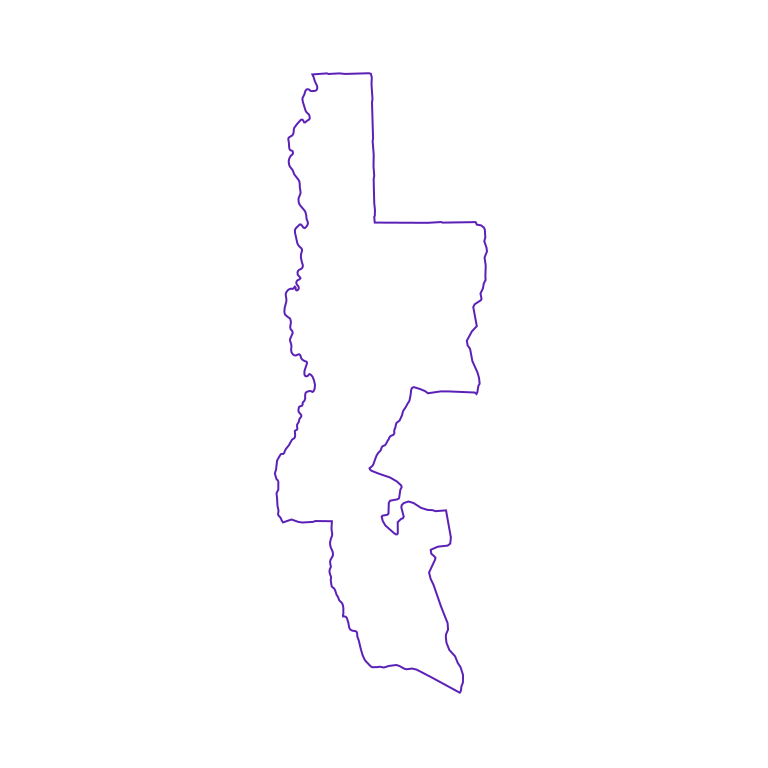 Patulul, Suchitepéquez, Guatemala, rotated 168°
{"feature_id": "79465075B31102822949903", "entity_name": "Patulul", "entity_type": "district", "adm_level": 2, "iso_a3": "GTM", "parent_name": "Guatemala", "parent_adm1": "Suchitepéquez", "projection": "natural_earth1", "projection_center": [-91.15, 14.387], "detail": "fine", "context": "isolated", "style": "outline", "palette": "violet", "viewbox_px": 768, "rotation_deg": 168, "n_neighbors": 0, "source": "geoboundaries", "source_scale": "gbopen_adm2", "svg_char_len": 6144}
<svg xmlns="http://www.w3.org/2000/svg" viewBox="0 0 768 768"><g transform="rotate(168 384 384)"><path d="M389.7,701.7L389.0,698.6L388.7,694.5L387.5,689.5L387.6,688.0L388.0,686.6L389.0,685.5L389.7,685.2L391.2,685.1L393.7,685.5L394.8,685.9L396.2,687.7L397.2,688.2L398.5,688.2L399.6,687.4L400.1,686.8L401.7,683.8L404.2,680.7L404.6,679.6L404.7,676.5L403.9,667.8L403.4,666.1L401.4,663.1L401.2,662.2L401.2,660.5L401.5,659.0L402.4,658.2L404.3,657.6L406.7,656.3L407.7,656.5L408.2,658.3L408.7,659.5L409.7,659.7L410.5,659.6L414.7,656.6L418.4,653.4L419.1,652.2L420.3,648.4L421.3,646.9L422.1,646.2L425.1,645.2L426.0,644.7L426.7,643.6L426.9,639.5L427.5,635.7L427.6,633.9L427.4,632.7L426.6,631.9L425.6,631.4L424.9,630.5L425.0,629.3L425.3,628.1L426.5,627.2L427.5,626.8L429.0,625.3L430.0,623.8L430.9,621.7L431.2,619.2L431.1,617.1L430.8,616.1L428.9,612.2L428.2,607.7L425.1,601.3L424.7,599.8L424.8,597.6L425.4,594.2L425.7,589.3L425.9,588.2L426.4,587.3L429.1,583.1L429.5,580.8L429.6,579.1L429.2,577.0L428.6,575.6L425.8,570.5L425.1,568.5L425.0,564.9L425.4,562.3L425.4,561.2L424.9,558.8L425.1,556.6L426.0,555.2L427.0,554.3L428.2,553.4L429.1,553.0L430.2,553.6L431.6,556.6L432.2,557.4L433.4,557.5L437.5,554.9L438.7,553.8L439.2,552.8L439.6,550.5L439.5,539.7L439.1,538.1L438.4,536.4L436.6,533.9L436.3,532.8L436.4,531.5L438.3,527.9L439.0,524.8L439.0,520.6L438.7,517.3L438.8,516.4L439.4,515.1L440.4,514.1L443.5,513.2L444.6,512.4L445.3,511.4L445.6,509.8L445.6,508.5L444.2,506.3L443.7,505.0L444.7,504.0L447.1,503.4L448.1,502.6L448.6,501.8L448.8,500.6L448.6,499.5L447.6,497.7L447.3,496.8L447.4,495.6L448.0,494.4L448.9,493.8L450.0,493.7L450.7,494.5L450.4,496.9L451.0,497.8L452.9,496.1L453.9,496.1L455.1,496.6L457.0,496.4L458.0,496.0L459.0,495.4L460.3,494.2L461.1,493.1L461.6,491.8L461.9,486.7L462.5,484.8L465.3,479.2L466.4,475.5L466.5,473.6L466.3,472.4L464.4,469.8L462.5,467.9L462.2,466.9L462.1,465.2L462.2,463.7L463.9,459.2L464.0,458.2L463.8,456.7L463.1,455.7L462.6,454.2L462.8,452.7L466.5,447.5L466.9,446.1L466.5,441.7L466.8,439.7L467.7,437.1L467.9,434.7L467.6,433.4L466.9,431.9L465.9,430.8L464.4,430.2L461.5,430.8L460.7,430.7L459.9,429.6L459.6,426.3L458.7,424.6L456.9,423.0L455.1,421.9L454.9,420.8L455.2,419.9L458.5,414.4L459.2,412.9L459.8,410.2L459.7,408.9L459.0,407.9L458.0,407.6L456.9,407.8L455.0,409.2L454.0,408.7L453.1,407.4L452.3,405.7L451.7,401.8L451.7,397.5L452.2,395.8L452.9,393.6L454.5,391.5L455.7,391.1L456.6,392.0L457.7,392.5L459.5,392.6L461.3,392.3L462.2,391.8L462.8,391.2L463.7,388.6L464.0,386.3L465.1,384.5L466.0,383.6L467.1,383.0L467.7,381.9L467.9,380.7L468.8,379.8L471.0,379.6L471.9,379.1L472.5,378.0L473.2,375.9L473.2,374.3L471.6,371.3L471.4,370.4L471.8,369.2L472.8,368.5L474.0,367.3L475.5,364.3L477.4,362.4L477.7,361.5L478.1,358.1L478.9,357.3L479.9,357.1L481.0,356.6L481.6,352.0L482.3,350.4L483.1,349.6L485.3,348.8L485.9,348.3L489.8,343.8L493.2,341.1L494.8,339.3L495.9,337.4L496.9,336.6L499.1,336.9L499.9,336.5L503.8,332.2L504.6,331.0L507.4,322.7L509.3,319.4L509.3,317.8L508.9,313.2L508.0,312.0L507.7,310.7L507.8,309.7L509.4,302.5L511.6,299.9L511.9,299.0L512.3,294.9L513.5,287.1L513.5,282.0L514.6,279.0L514.7,278.0L514.2,276.6L513.4,275.5L512.9,274.3L512.4,271.7L511.5,269.6L502.7,270.7L496.4,266.9L492.7,265.5L482.2,263.9L479.4,264.2L463.5,260.6L465.4,253.6L465.7,251.1L465.7,248.8L466.3,246.5L468.2,243.5L469.7,240.3L470.1,237.7L470.1,235.3L469.1,230.9L469.2,228.6L469.5,227.3L470.1,226.2L472.4,223.7L473.2,222.5L473.7,221.3L473.9,219.9L473.9,216.5L474.3,215.7L475.6,214.0L476.4,211.7L476.3,208.8L475.9,206.4L476.1,205.3L476.7,203.9L476.9,202.6L477.2,198.8L477.2,197.0L476.6,195.8L475.5,194.7L475.1,193.8L474.6,191.7L474.2,187.5L473.3,185.3L472.8,181.9L472.3,180.9L470.8,178.8L470.4,177.7L470.2,175.7L470.4,172.7L470.9,171.1L471.3,168.4L472.3,166.1L472.3,165.1L471.5,165.1L469.8,164.3L469.0,162.9L468.5,157.5L468.7,153.5L468.5,152.0L468.0,150.9L467.2,150.0L466.2,149.3L463.1,148.1L462.3,147.2L462.1,145.9L462.6,142.5L462.0,138.5L461.8,129.5L461.3,123.1L460.3,118.6L459.5,116.7L455.7,110.6L454.3,109.4L449.6,108.5L446.7,108.3L443.1,106.7L437.7,107.2L430.5,106.6L427.7,105.1L423.2,101.2L421.3,100.3L415.6,99.8L411.6,97.9L399.5,88.0L374.1,66.3L372.6,67.9L371.0,72.4L368.9,75.5L367.2,82.9L368.0,91.2L369.8,95.6L371.1,102.9L375.4,110.3L376.7,118.0L376.1,124.0L375.2,126.5L372.4,130.5L371.5,136.9L374.5,154.6L377.3,177.1L378.9,183.8L379.1,190.3L370.4,201.8L369.8,203.5L371.4,206.1L373.0,208.0L372.8,212.1L365.3,213.7L355.3,212.7L352.4,214.1L350.5,219.9L349.6,247.5L360.1,248.9L362.5,250.4L367.6,251.8L373.6,255.2L379.9,261.5L384.6,264.0L389.5,263.4L391.9,261.8L392.7,259.7L392.3,250.0L393.5,248.7L395.5,248.4L399.3,246.0L401.6,234.9L402.6,234.2L403.7,234.5L405.1,235.9L412.0,245.2L413.7,250.2L413.9,254.7L412.9,255.5L408.0,255.4L406.6,256.2L404.0,266.8L402.2,268.6L394.9,268.4L393.0,269.1L390.0,277.2L388.3,279.2L388.2,281.1L391.7,286.0L397.4,291.2L407.6,297.3L414.1,301.6L415.5,303.3L415.7,304.6L412.6,306.2L411.2,307.5L408.4,312.1L406.0,315.8L403.9,317.9L402.2,318.9L401.0,319.9L399.4,322.5L398.7,323.2L397.7,323.6L395.9,323.8L394.9,324.5L392.2,327.8L390.8,329.1L390.2,330.2L388.5,331.7L385.3,332.4L384.0,333.9L383.9,335.2L383.5,336.8L381.7,339.5L381.1,341.2L380.0,343.2L376.3,345.1L372.7,349.9L371.7,352.2L370.5,354.1L367.8,356.6L364.9,360.0L363.1,361.7L362.3,363.0L360.2,367.9L358.8,372.2L358.2,373.4L357.2,374.4L355.7,374.7L355.0,374.5L349.5,371.4L345.3,368.5L342.9,365.8L330.3,365.0L321.9,363.2L297.0,356.8L295.6,355.0L294.3,356.8L292.1,362.5L290.4,364.4L289.8,369.9L290.1,375.5L292.8,388.0L292.5,400.5L294.2,404.4L294.0,409.1L287.1,417.2L281.2,421.3L280.7,440.7L278.8,443.1L271.6,445.9L270.9,447.1L270.8,452.5L267.3,457.0L265.5,461.6L263.0,464.6L262.4,468.5L259.9,478.6L259.3,486.9L255.7,492.3L255.4,496.0L256.2,502.9L254.4,506.4L253.3,514.1L253.8,516.3L256.1,519.0L260.1,520.6L260.7,523.3L293.3,529.7L294.3,530.5L307.9,532.6L359.5,543.8L358.8,549.5L358.0,550.5L356.7,555.9L355.9,563.2L351.5,586.7L350.3,589.6L349.0,599.2L346.4,610.4L344.6,624.1L343.7,626.1L337.2,661.9L336.0,665.2L333.9,679.8L332.2,686.4L332.3,690.1L334.1,691.1L357.7,695.4L363.0,697.1L373.9,698.8L375.2,699.7L389.7,701.7Z" fill="none" stroke="#5b21b6" stroke-width="2"/></g></svg>